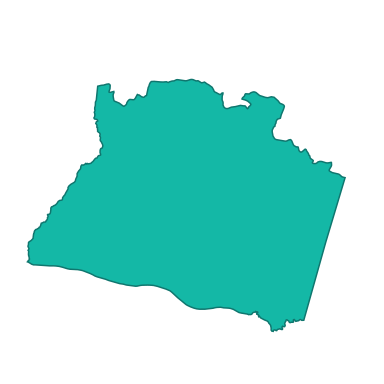 the district of Samraong, Otdar Mean Chey, Cambodia, rotated 16°
{"feature_id": "14789045B40170771357914", "entity_name": "Samraong", "entity_type": "district", "adm_level": 2, "iso_a3": "KHM", "parent_name": "Cambodia", "parent_adm1": "Otdar Mean Chey", "projection": "orthographic", "projection_center": [103.581, 14.269], "detail": "fine", "context": "isolated", "style": "filled", "palette": "teal", "viewbox_px": 384, "rotation_deg": 16, "n_neighbors": 0, "source": "geoboundaries", "source_scale": "gbopen_adm2", "svg_char_len": 5898}
<svg xmlns="http://www.w3.org/2000/svg" viewBox="0 0 384 384"><g transform="rotate(16 192 192)"><path d="M335.2,136.0L333.4,136.1L331.8,136.0L329.9,135.0L328.3,134.4L327.4,134.4L321.5,134.7L318.9,134.1L318.0,133.7L317.8,132.7L318.7,129.2L318.8,128.2L318.7,127.4L318.4,126.8L318.0,125.4L317.6,125.1L314.7,126.6L312.9,127.0L308.3,126.9L306.3,127.4L304.7,128.5L304.2,129.4L303.2,130.5L301.3,131.1L299.9,131.0L299.6,130.5L300.0,128.6L299.7,128.2L297.6,127.4L296.9,127.2L296.3,126.8L295.2,124.8L294.1,124.3L293.8,123.6L292.7,122.4L290.9,121.0L290.1,119.9L289.7,119.7L289.1,119.6L288.5,120.1L288.0,121.1L286.4,123.3L285.4,123.7L284.8,123.5L283.4,122.7L281.7,119.6L280.9,119.6L279.8,119.9L277.2,119.3L276.2,118.4L273.9,115.5L273.1,114.8L272.2,114.5L270.8,115.2L268.9,116.9L267.8,117.4L258.8,118.4L257.5,118.3L256.5,117.8L254.4,115.8L252.5,112.0L252.1,110.4L252.6,107.1L253.6,105.9L253.3,104.4L253.7,102.5L253.4,101.0L253.8,99.0L254.4,98.2L255.8,97.3L256.6,96.7L256.5,93.2L257.2,86.9L257.2,84.4L257.0,83.9L256.4,83.3L255.1,82.8L252.2,82.5L251.4,82.0L249.6,80.6L244.8,78.3L242.0,78.6L239.0,80.4L238.3,80.6L236.3,80.8L230.4,80.6L226.0,78.7L224.6,78.6L223.3,78.9L222.4,79.5L221.4,80.2L219.9,82.0L216.5,82.8L216.1,83.4L215.9,85.5L214.8,87.2L214.4,88.2L214.5,88.9L218.1,88.9L220.5,89.3L223.7,90.8L224.3,91.3L224.5,91.9L223.8,93.5L223.1,94.5L222.7,96.3L222.4,96.6L222.0,96.5L219.7,94.8L219.1,94.6L218.4,94.9L214.7,95.4L210.1,98.0L206.4,99.6L203.8,101.7L202.9,102.1L201.6,102.4L200.5,102.2L199.2,101.5L197.8,99.7L197.4,98.0L197.0,97.0L195.7,95.4L195.3,94.3L194.6,91.4L194.7,89.4L194.5,88.3L193.9,88.4L193.5,88.7L192.6,90.3L191.9,90.6L190.5,90.4L187.9,89.8L186.5,89.6L185.5,89.1L184.7,88.0L182.5,85.8L178.4,84.3L176.8,84.0L173.8,82.9L171.8,84.1L171.0,84.4L170.1,84.2L168.5,83.7L167.1,83.4L165.3,84.1L161.9,83.7L160.6,83.9L159.6,84.3L156.4,86.4L155.2,86.9L147.1,88.0L146.1,88.4L144.0,90.2L143.1,90.5L142.0,91.0L140.0,92.3L138.9,93.3L137.0,93.1L134.1,94.2L131.4,94.9L125.1,96.1L122.5,97.0L121.8,98.1L121.4,100.1L121.4,102.8L121.1,103.3L121.7,111.8L120.7,112.5L119.9,113.9L119.3,114.3L118.7,114.4L117.1,114.3L114.4,113.3L113.8,113.5L112.6,113.3L111.6,117.7L111.1,118.7L110.8,119.2L110.1,119.5L107.4,120.0L106.5,120.3L105.9,121.0L105.2,122.5L104.8,124.0L104.8,125.9L103.4,128.0L102.9,128.4L101.4,128.1L97.5,126.6L92.3,126.0L91.6,125.4L89.9,121.9L89.4,120.3L89.5,117.6L89.1,116.9L86.1,118.7L85.2,118.9L84.8,118.9L84.5,117.9L84.7,115.4L84.0,112.2L83.4,111.4L82.6,111.1L82.0,111.1L80.2,111.9L77.6,113.6L75.3,114.5L72.2,116.3L74.7,130.2L74.4,132.2L75.2,135.4L75.3,138.0L75.7,139.4L76.1,139.8L76.3,140.7L76.1,142.3L77.0,143.6L77.5,145.1L77.6,147.0L77.3,147.8L77.9,148.5L78.4,148.7L80.3,148.4L81.1,148.7L81.4,149.0L81.8,149.8L80.8,150.7L80.6,152.6L82.2,153.9L82.7,156.0L83.5,156.2L83.7,157.5L84.3,158.4L84.4,159.5L85.5,160.3L86.5,160.5L87.2,161.0L87.8,161.9L87.9,163.7L88.6,164.2L89.1,165.1L89.4,167.3L89.8,168.0L90.9,168.7L91.6,169.6L92.5,170.4L93.6,172.2L93.6,174.4L92.5,175.3L92.2,176.1L92.2,177.3L92.8,179.6L93.8,180.9L93.9,181.4L93.9,181.8L92.2,182.8L91.7,183.7L91.3,185.5L90.1,186.1L89.5,187.1L88.4,190.0L87.4,191.3L87.0,192.2L84.8,193.5L83.7,193.4L83.4,194.0L82.8,194.2L82.5,193.8L82.1,193.7L81.1,195.2L80.0,196.2L78.7,196.3L78.5,196.6L78.1,197.8L78.4,199.9L78.4,200.6L77.2,203.2L76.5,205.9L77.2,208.5L76.7,211.8L76.8,213.5L76.6,214.3L76.1,215.2L73.4,218.0L72.0,220.2L71.7,221.4L71.6,222.0L72.0,223.0L71.9,223.6L70.8,228.1L70.6,229.7L69.8,231.3L69.2,233.1L69.5,234.8L69.1,235.7L67.1,236.6L66.7,237.1L66.0,237.9L65.3,240.4L64.2,242.3L63.3,242.9L61.7,244.7L61.1,245.0L60.8,245.9L60.8,246.6L61.2,248.0L61.6,250.9L61.5,251.9L60.8,252.9L59.7,253.2L59.4,253.8L60.0,254.4L60.5,255.4L60.1,256.4L60.5,257.7L60.4,258.4L59.7,259.7L59.6,260.8L59.2,261.3L57.6,261.9L56.9,262.8L55.7,263.5L55.7,266.1L55.5,267.5L54.7,268.2L54.8,268.7L54.6,269.0L53.6,269.9L53.1,270.6L52.1,271.2L51.5,272.5L51.3,273.2L51.5,274.4L51.3,275.4L51.4,276.8L52.0,280.5L50.8,282.9L49.0,285.0L48.8,285.9L49.2,287.2L49.3,289.4L50.1,290.5L50.8,291.2L50.9,291.7L50.5,293.3L51.3,293.9L52.0,297.1L52.6,297.9L52.5,298.4L52.9,298.7L53.5,299.6L53.6,300.4L54.3,301.2L53.9,302.6L53.5,303.0L53.7,303.4L53.1,304.5L54.3,304.6L57.9,305.6L59.8,305.7L61.6,305.2L75.6,302.2L79.0,301.2L81.7,300.6L84.9,300.1L88.5,300.0L93.3,300.1L95.8,299.9L103.6,298.1L106.6,297.8L108.6,297.7L116.5,298.4L119.5,298.9L121.9,299.5L124.4,299.7L133.1,299.7L136.3,300.0L146.0,300.0L147.8,300.0L151.4,299.5L154.5,299.5L163.8,298.1L165.2,297.6L168.2,296.0L169.9,295.3L175.0,293.7L178.2,292.9L180.8,292.4L184.9,292.2L193.8,292.5L198.0,293.0L200.0,293.8L207.5,297.6L217.2,301.8L218.6,302.2L222.3,302.8L226.1,303.1L229.0,303.0L231.8,302.5L236.9,301.0L244.1,298.0L246.0,296.9L247.7,296.1L251.2,294.9L254.4,294.6L259.3,293.5L261.0,293.3L264.1,293.4L270.3,294.9L272.6,294.8L278.8,294.1L280.4,294.3L281.3,293.8L282.4,293.6L283.3,292.7L283.6,291.6L283.9,291.1L285.0,290.3L285.9,290.1L286.2,289.8L286.2,289.3L287.2,289.4L288.1,289.2L288.4,289.7L287.9,290.2L287.6,290.3L287.6,290.8L288.0,291.0L288.0,291.6L289.4,291.6L289.9,292.5L290.3,292.4L290.3,293.1L290.6,293.6L291.4,293.2L292.7,294.1L297.0,295.0L299.9,295.3L301.1,295.9L302.1,297.0L303.5,297.8L304.4,298.7L305.2,300.2L305.6,301.0L306.1,302.9L307.0,303.7L308.5,303.6L308.6,302.5L309.1,301.9L310.5,301.8L311.1,302.1L311.7,301.8L311.8,301.0L312.4,300.3L313.6,299.7L314.0,299.3L315.6,299.5L316.5,299.4L316.8,299.1L316.8,298.6L316.0,297.7L315.8,297.0L316.0,296.1L316.5,296.1L317.3,296.2L317.8,296.1L318.2,295.8L318.3,295.3L318.3,294.4L317.4,293.1L317.4,292.1L317.5,291.1L317.8,290.5L317.8,289.1L318.1,288.8L318.5,288.7L319.9,289.2L320.6,289.3L321.2,290.2L322.0,290.6L322.7,290.4L323.2,289.9L324.1,289.6L325.0,289.4L325.3,289.0L325.4,288.6L325.0,288.1L324.7,287.1L324.9,286.7L325.4,286.4L327.4,287.7L330.0,286.3L330.6,285.3L331.0,284.8L331.5,284.7L332.8,285.1L334.8,284.5L334.4,203.2L335.2,136.0Z" fill="#14b8a6" stroke="#0f766e" stroke-width="1.5"/></g></svg>